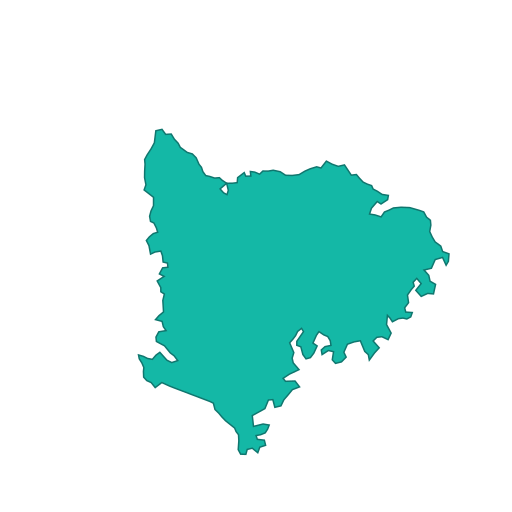 the district of Salto do Lontra, Paraná, Brazil, rotated 234°
{"feature_id": "56859067B29109491242959", "entity_name": "Salto do Lontra", "entity_type": "district", "adm_level": 2, "iso_a3": "BRA", "parent_name": "Brazil", "parent_adm1": "Paraná", "projection": "natural_earth1", "projection_center": [-53.296, -25.774], "detail": "fine", "context": "isolated", "style": "filled", "palette": "teal", "viewbox_px": 512, "rotation_deg": 234, "n_neighbors": 0, "source": "geoboundaries", "source_scale": "gbopen_adm2", "svg_char_len": 3450}
<svg xmlns="http://www.w3.org/2000/svg" viewBox="0 0 512 512"><g transform="rotate(234 256 256)"><path d="M208.8,97.1L209.0,105.4L201.6,109.6L196.9,112.6L165.4,133.2L162.0,135.0L155.9,132.6L150.8,133.5L145.9,133.8L140.7,134.5L129.4,137.6L125.7,136.7L121.7,136.8L116.6,133.5L109.8,127.8L104.7,127.1L101.5,131.2L104.7,135.2L102.7,140.0L95.8,141.8L99.1,146.7L97.2,152.5L102.1,154.5L106.9,149.3L110.7,150.5L108.7,154.7L107.5,159.5L109.1,163.6L111.5,167.3L115.9,163.0L119.6,153.8L129.1,159.2L127.3,173.5L132.2,181.4L129.9,185.2L122.5,182.3L120.1,188.1L123.3,194.0L124.7,200.0L126.5,206.9L124.5,214.3L131.9,214.1L137.3,206.2L141.1,206.0L140.8,213.5L138.8,224.0L147.7,223.3L152.1,225.2L155.6,229.8L166.0,232.2L166.9,236.5L168.3,241.2L170.5,245.3L170.7,250.3L166.9,250.0L163.0,238.9L159.8,236.5L156.2,238.9L148.7,236.0L143.4,236.0L141.8,240.3L143.4,245.6L147.3,252.6L152.1,250.9L156.4,258.4L157.8,262.5L152.3,264.5L148.7,266.7L143.9,266.3L139.6,264.1L142.1,258.6L141.6,253.6L137.4,251.5L137.0,259.0L133.0,262.5L127.2,256.7L122.4,257.2L120.1,262.9L121.2,269.5L126.5,270.5L130.9,278.1L128.9,284.8L126.1,290.6L114.9,287.9L110.2,288.9L105.2,286.5L107.9,294.9L109.3,301.7L118.4,300.8L119.2,306.0L116.7,310.4L110.7,313.7L114.2,320.0L123.8,321.3L130.7,327.4L127.1,327.9L122.6,327.7L121.6,334.4L119.4,338.4L116.4,341.0L115.8,345.4L118.4,349.2L122.6,344.2L126.7,345.8L128.6,352.0L135.4,355.6L137.6,362.0L138.6,366.3L142.4,367.7L143.4,372.9L136.6,373.4L134.3,365.1L126.2,365.9L124.8,372.9L121.0,377.3L127.5,384.6L133.3,382.0L138.8,384.4L145.9,383.7L143.0,390.7L147.8,398.9L145.2,406.1L136.8,404.4L138.6,408.5L144.3,413.4L149.9,409.6L155.4,411.3L162.1,409.2L167.7,409.7L173.7,410.9L178.2,415.6L182.4,418.1L187.1,416.8L193.1,417.6L197.0,414.9L204.8,408.8L210.2,402.0L214.1,395.4L214.9,390.6L216.1,385.8L214.1,380.2L219.3,376.4L223.2,372.5L226.8,377.5L228.8,386.1L224.6,387.7L224.2,395.6L227.2,398.7L231.7,394.2L237.1,392.2L241.3,390.1L245.0,390.9L248.7,388.3L252.8,386.1L258.3,385.4L262.9,385.1L265.4,380.6L277.7,381.1L280.2,375.2L285.6,371.5L291.4,368.7L289.0,360.3L292.5,357.5L294.7,351.1L295.9,345.5L296.5,338.7L299.9,332.6L303.9,327.4L310.0,325.1L315.3,320.3L317.5,315.8L320.7,311.5L320.1,307.0L324.6,304.3L327.7,301.1L323.7,298.8L326.6,294.6L330.4,295.5L330.2,287.2L326.4,283.9L328.8,279.6L332.1,275.0L337.3,273.1L340.9,272.4L343.3,268.4L347.7,265.2L350.6,262.6L355.5,262.6L359.8,264.0L363.7,263.8L370.6,265.3L376.0,264.5L380.3,261.2L384.5,259.9L388.4,258.6L393.0,259.3L398.5,258.6L404.5,259.1L407.5,254.4L413.7,254.4L416.2,248.6L407.3,240.3L404.3,234.0L401.8,227.4L399.5,222.6L395.5,220.2L390.1,215.8L384.9,211.9L378.3,208.8L375.2,204.3L369.7,205.9L363.7,207.6L356.9,202.6L354.2,197.6L350.7,193.3L346.0,191.0L342.7,192.8L337.2,191.9L333.0,190.4L334.5,186.1L334.2,181.2L333.0,176.4L327.3,175.5L319.5,171.8L318.6,176.6L315.9,181.9L311.2,180.5L305.7,177.3L302.3,180.2L298.7,178.1L301.3,173.5L298.3,167.3L293.5,169.7L293.9,161.4L286.4,160.4L283.0,158.0L279.1,159.5L274.8,154.5L265.1,148.3L264.8,142.6L263.6,137.3L258.3,141.6L253.3,139.5L248.5,139.4L251.8,132.8L249.2,127.4L245.4,125.2L237.1,129.2L228.0,129.7L223.4,131.1L217.4,131.2L219.3,125.2L224.0,122.7L229.8,122.1L234.6,121.6L234.6,116.9L233.3,111.4L236.9,108.0L241.0,105.9L245.0,102.8L241.4,101.1L236.5,100.8L231.7,99.7L228.8,97.1L224.0,93.9L219.4,94.4L215.2,96.8L208.8,97.1ZM332.1,275.0L325.4,272.2L322.7,268.6L326.2,266.9L331.4,266.4L332.1,275.0Z" fill="#14b8a6" stroke="#0f766e" stroke-width="1.5"/></g></svg>